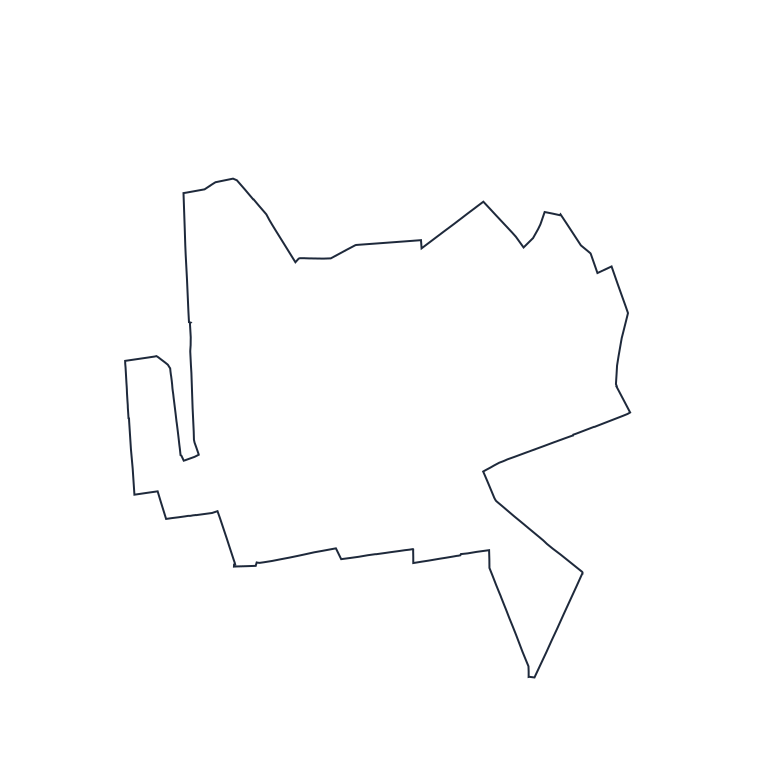 outline of Otelec, Timis, Romania, rotated 296°
{"feature_id": "2599482B41708368975708", "entity_name": "Otelec", "entity_type": "district", "adm_level": 2, "iso_a3": "ROU", "parent_name": "Romania", "parent_adm1": "Timis", "projection": "natural_earth1", "projection_center": [20.849, 45.575], "detail": "fine", "context": "isolated", "style": "outline", "palette": "slate", "viewbox_px": 768, "rotation_deg": 296, "n_neighbors": 0, "source": "geoboundaries", "source_scale": "gbopen_adm2", "svg_char_len": 4054}
<svg xmlns="http://www.w3.org/2000/svg" viewBox="0 0 768 768"><g transform="rotate(296 384 384)"><path d="M466.3,617.7L473.3,608.2L483.7,594.0L484.0,594.2L485.6,592.5L495.3,588.5L502.7,585.4L511.9,582.6L524.7,578.9L529.6,577.5L534.5,576.5L551.5,572.9L554.7,572.2L559.5,567.4L567.5,559.2L576.6,549.9L589.4,537.0L577.3,527.2L580.9,523.6L591.6,512.8L592.0,512.2L593.2,507.3L594.9,500.2L597.6,495.7L607.8,478.6L613.9,468.2L612.8,468.0L611.1,461.0L609.0,453.0L599.4,454.2L595.9,454.6L590.6,454.6L580.3,454.0L579.9,453.8L567.9,449.6L574.1,438.1L576.4,432.5L584.3,411.8L591.4,393.4L585.0,390.1L573.8,384.4L558.2,376.6L546.4,370.5L532.8,363.6L522.4,358.3L529.5,354.2L523.7,344.3L509.3,319.6L496.8,298.1L496.2,297.4L491.8,294.2L488.0,291.4L480.0,285.7L473.9,281.3L473.6,281.1L470.1,274.5L463.6,260.6L462.2,257.4L460.2,253.3L459.7,252.7L459.3,252.4L458.8,252.2L454.6,251.0L467.0,231.3L474.4,219.5L478.1,213.7L481.2,209.0L484.9,203.9L489.5,193.2L492.8,185.8L492.6,185.5L497.8,173.8L502.2,163.4L502.6,162.5L502.4,158.3L495.1,148.8L492.0,144.8L491.5,144.1L487.8,141.8L480.3,137.4L469.6,122.8L467.7,120.1L436.1,136.9L421.7,144.5L413.4,149.0L391.6,161.1L363.1,176.6L354.1,181.6L354.4,183.3L353.4,183.0L347.0,186.6L341.3,189.8L337.9,191.4L334.1,193.2L329.4,195.1L328.1,195.7L316.3,202.2L309.4,206.1L278.7,222.4L257.7,233.9L250.6,237.6L248.3,239.4L244.9,242.9L239.6,248.2L239.2,248.5L235.5,245.7L231.3,241.6L227.9,238.3L227.7,238.0L227.3,237.6L228.3,236.4L230.7,233.4L230.9,232.5L230.9,232.3L233.6,230.6L236.3,228.9L239.8,226.6L244.7,223.5L251.7,219.0L258.1,214.8L259.4,213.9L265.5,210.0L270.9,206.5L279.5,200.9L282.5,199.0L285.6,196.9L287.3,195.8L288.8,194.9L290.5,193.9L293.7,191.9L297.5,189.4L298.9,188.4L301.8,186.5L304.4,184.9L304.6,184.4L305.3,183.3L306.5,181.4L306.6,181.2L307.4,177.7L308.4,172.6L309.1,169.2L309.3,167.2L308.2,165.9L306.7,163.7L304.0,159.8L301.0,155.4L295.2,146.9L292.0,142.2L291.3,141.2L289.0,142.4L285.5,144.5L279.8,147.7L272.3,151.9L269.0,153.8L266.5,155.2L263.3,156.9L256.4,160.8L252.6,163.0L250.3,164.2L246.3,166.5L241.2,169.4L241.3,169.9L238.7,171.3L233.8,174.1L214.5,185.1L197.8,195.2L175.1,208.2L182.4,218.9L188.3,227.6L180.5,234.8L167.2,247.3L170.6,252.3L174.1,257.7L177.8,263.2L179.5,265.6L180.0,266.6L180.7,267.9L182.2,269.9L183.2,271.5L183.6,272.0L183.7,272.5L188.9,280.3L192.7,286.0L196.7,290.1L191.6,295.3L181.3,305.4L175.9,310.7L170.5,315.9L160.3,325.8L158.0,328.1L156.6,329.3L156.0,328.4L154.1,329.2L154.4,329.7L155.6,331.9L159.9,340.1L164.3,348.4L167.8,347.8L168.1,349.0L168.7,350.6L171.2,354.3L175.9,361.0L180.9,367.6L186.5,375.1L191.9,382.1L196.3,387.7L202.1,395.0L207.2,402.0L215.2,412.8L213.9,414.5L207.8,422.3L212.7,429.7L217.6,437.0L223.0,444.5L227.1,450.6L227.6,451.6L232.9,459.5L235.5,463.3L240.5,470.8L243.7,475.5L246.2,479.4L248.3,482.4L248.2,482.7L246.3,483.6L241.2,486.2L235.9,488.8L241.0,496.0L244.8,501.5L248.9,507.2L250.7,509.7L251.9,511.4L254.9,515.7L259.4,522.0L261.6,525.0L262.1,525.9L263.5,527.7L264.9,527.7L265.4,528.6L268.4,533.4L273.7,540.8L279.1,548.9L280.7,551.3L272.5,555.6L264.9,559.4L258.9,566.0L252.6,572.8L246.6,579.5L244.5,581.9L243.8,582.6L237.5,589.5L235.7,591.5L234.8,592.5L228.4,599.4L222.5,606.0L216.4,612.7L204.1,625.8L198.2,632.4L193.6,637.6L188.9,640.1L185.4,641.8L184.1,642.4L184.5,642.9L186.2,647.9L198.9,647.7L214.0,647.5L227.6,647.1L239.6,646.9L256.4,646.4L269.5,646.1L286.7,645.7L300.5,645.3L300.6,645.5L301.7,645.0L302.0,644.5L305.2,630.4L308.1,617.5L310.0,607.8L311.7,600.5L313.3,595.5L315.2,587.7L317.5,578.2L320.3,566.8L322.1,559.2L324.0,551.8L326.3,542.9L327.4,538.4L328.0,536.1L328.8,534.7L329.6,533.6L330.2,532.8L331.3,531.6L334.2,528.3L340.1,521.6L344.1,517.0L347.8,512.7L348.8,511.5L351.4,513.3L355.7,516.4L359.1,518.7L363.8,522.1L366.3,524.5L368.1,526.1L370.4,528.0L375.8,533.3L384.9,542.0L398.0,554.6L405.9,562.1L414.7,570.6L419.0,574.8L420.4,576.2L420.5,576.4L421.4,576.3L423.6,578.5L431.1,585.5L435.7,589.8L437.5,591.5L437.8,592.1L438.5,592.7L445.0,598.7L451.8,605.0L454.5,607.5L459.9,612.5L463.8,616.0L466.3,617.7Z" fill="none" stroke="#1e293b" stroke-width="2"/></g></svg>